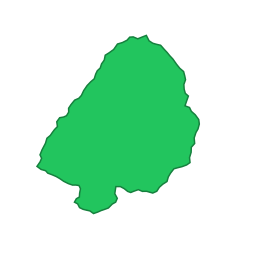 outline of Luisburgo, Minas Gerais, Brazil, rotated 23°
{"feature_id": "56859067B70071558492510", "entity_name": "Luisburgo", "entity_type": "district", "adm_level": 2, "iso_a3": "BRA", "parent_name": "Brazil", "parent_adm1": "Minas Gerais", "projection": "robinson", "projection_center": [-42.076, -20.436], "detail": "fine", "context": "isolated", "style": "filled", "palette": "green", "viewbox_px": 256, "rotation_deg": 23, "n_neighbors": 0, "source": "geoboundaries", "source_scale": "gbopen_adm2", "svg_char_len": 1569}
<svg xmlns="http://www.w3.org/2000/svg" viewBox="0 0 256 256"><g transform="rotate(23 128 128)"><path d="M141.2,209.3L143.2,204.2L145.6,201.1L145.6,196.9L141.5,193.6L139.7,186.7L143.9,184.9L148.2,185.3L152.5,186.5L155.7,186.3L158.1,183.9L161.6,180.7L166.0,180.7L169.9,179.0L176.2,178.2L179.2,175.0L180.0,170.3L182.0,166.1L184.8,162.0L184.2,157.3L184.8,152.9L186.2,147.6L189.2,145.2L192.8,142.5L196.4,139.1L198.6,135.6L196.2,131.2L195.6,125.7L193.8,121.0L195.4,116.2L192.8,111.3L192.3,105.6L192.8,101.6L192.1,96.5L189.8,92.6L184.8,89.6L179.8,87.9L176.6,85.1L171.8,85.3L171.4,80.2L171.1,75.0L167.2,73.7L164.5,70.3L162.4,66.1L162.1,61.1L159.9,57.9L157.1,54.3L152.3,52.8L147.5,50.2L142.4,47.0L138.1,45.1L134.7,43.3L130.7,41.5L125.7,39.1L121.0,39.9L117.6,40.3L113.3,39.5L108.7,35.6L104.9,39.3L102.1,42.1L97.2,42.1L94.1,43.7L92.8,47.6L89.5,51.5L85.5,54.8L84.1,61.4L81.0,66.5L78.6,69.9L79.6,74.8L78.6,79.3L79.0,83.7L77.4,87.1L77.2,91.0L77.7,95.9L75.7,99.9L73.8,104.9L72.6,110.9L72.4,116.2L71.1,119.9L68.0,123.2L66.4,128.7L65.6,133.0L67.2,136.6L66.6,140.7L64.4,143.1L61.1,145.2L60.0,150.1L62.5,154.3L61.0,158.1L60.1,161.7L59.4,165.2L57.4,169.1L58.0,174.3L57.4,181.7L57.5,187.1L60.3,189.6L60.3,193.6L59.2,198.9L64.2,200.1L68.8,199.5L71.8,200.9L76.2,200.7L80.8,200.7L84.8,201.2L89.7,202.2L94.8,202.5L99.3,202.2L102.2,200.9L105.4,200.1L108.0,202.5L108.9,206.8L110.2,210.5L108.1,213.3L107.7,217.2L111.3,217.5L114.5,220.2L118.4,220.4L122.2,219.8L125.3,219.2L129.7,220.2L133.0,217.2L135.5,214.5L138.1,212.2L141.2,209.3Z" fill="#22c55e" stroke="#15803d" stroke-width="1.5"/></g></svg>